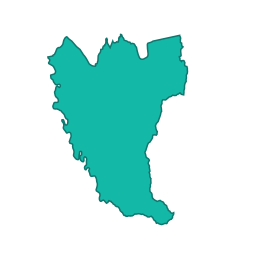 the district of Paquisha, Zamora Chinchipe, Ecuador, rotated 349°
{"feature_id": "8360857B20282725655414", "entity_name": "Paquisha", "entity_type": "district", "adm_level": 2, "iso_a3": "ECU", "parent_name": "Ecuador", "parent_adm1": "Zamora Chinchipe", "projection": "equal_earth", "projection_center": [-78.572, -3.961], "detail": "fine", "context": "isolated", "style": "filled", "palette": "teal", "viewbox_px": 256, "rotation_deg": 349, "n_neighbors": 0, "source": "geoboundaries", "source_scale": "gbopen_adm2", "svg_char_len": 5726}
<svg xmlns="http://www.w3.org/2000/svg" viewBox="0 0 256 256"><g transform="rotate(349 128 128)"><path d="M76.6,152.2L77.5,152.6L78.0,152.4L78.5,151.7L78.9,149.4L79.2,148.6L79.8,148.1L80.5,148.2L81.2,149.0L81.5,150.1L81.5,150.9L80.9,152.4L80.4,155.6L80.0,156.4L79.1,156.8L78.2,157.6L77.7,158.8L77.8,160.1L78.1,160.7L78.7,161.0L80.7,159.2L81.1,159.2L81.9,159.7L82.4,160.4L82.4,160.9L81.4,162.2L81.3,162.6L81.7,164.7L81.9,167.4L82.2,168.0L82.9,168.5L85.8,168.6L86.2,168.8L86.5,169.1L87.0,170.3L87.3,172.1L87.1,174.4L87.3,177.0L86.7,179.1L84.9,182.6L85.0,183.7L87.0,185.7L87.6,186.5L87.8,187.2L87.7,188.8L86.7,190.7L86.4,191.9L86.3,192.9L86.5,193.9L87.0,194.6L87.6,194.8L89.9,194.0L90.3,194.3L90.8,194.8L92.5,197.7L94.0,197.3L95.1,195.8L95.4,195.6L95.8,195.8L96.3,196.5L97.4,196.8L97.5,197.6L98.5,198.5L98.9,199.7L100.4,201.0L100.7,202.0L101.8,203.0L102.7,203.1L103.8,204.4L104.4,206.4L104.5,207.6L105.8,209.5L106.3,209.8L107.3,212.9L107.6,213.2L108.4,213.2L109.3,214.4L109.9,214.3L110.5,214.6L112.0,214.3L113.4,214.9L113.9,214.6L115.0,215.1L116.3,214.8L118.1,213.8L120.0,214.1L122.0,214.1L122.5,214.4L123.3,214.5L124.7,215.4L125.8,215.3L126.5,215.7L127.8,217.0L129.5,217.9L129.9,218.7L130.3,219.0L131.9,219.4L133.9,219.0L135.3,221.0L135.6,222.4L136.2,223.8L137.2,224.5L137.7,226.9L138.9,226.8L140.2,228.0L142.2,229.1L143.2,229.2L146.0,228.7L147.7,229.2L148.2,228.9L149.0,227.6L150.7,226.4L152.3,225.8L153.2,225.8L154.6,224.5L154.8,223.3L156.5,221.1L156.7,219.8L155.1,220.2L154.3,219.8L153.6,218.9L153.3,217.8L151.9,216.6L151.7,215.1L151.2,213.8L151.1,211.8L150.7,211.2L149.2,209.8L148.9,208.5L148.2,207.2L146.8,206.4L145.7,205.2L142.5,205.6L141.4,204.5L140.5,203.9L139.4,202.6L139.1,201.9L138.8,201.8L138.6,199.8L138.9,198.0L138.8,196.6L137.5,194.6L137.5,194.3L137.9,191.3L138.9,189.6L139.1,187.9L140.0,186.5L140.5,183.0L140.9,182.1L140.5,181.4L140.2,179.8L140.6,177.7L140.3,175.4L141.1,174.9L141.3,174.5L141.4,170.6L141.8,169.4L141.0,166.7L141.8,164.9L142.6,164.2L142.8,163.7L142.3,162.3L140.4,160.4L140.2,159.5L140.2,156.9L139.9,155.6L140.2,154.7L141.2,153.4L144.0,148.2L145.2,146.6L146.7,146.1L148.8,144.0L150.2,142.3L150.4,141.2L151.0,139.9L151.2,139.7L152.8,139.8L154.5,140.4L155.3,139.6L155.4,138.9L156.1,137.0L155.6,136.2L155.3,134.2L155.4,132.4L155.3,131.2L156.6,129.1L158.8,127.4L162.3,121.5L163.4,118.8L164.1,118.2L164.5,115.0L164.5,112.9L164.9,111.9L166.0,110.6L166.3,108.5L167.3,107.1L168.6,107.1L169.8,107.6L170.6,107.5L174.7,105.2L175.5,105.4L176.5,105.2L178.2,104.3L179.4,104.9L181.4,105.2L182.8,104.4L184.3,104.2L185.6,103.4L186.0,103.6L186.7,105.1L189.0,106.1L189.8,103.4L189.9,102.3L191.0,100.0L191.5,97.4L192.3,95.4L193.2,94.1L193.5,94.0L194.1,93.2L194.1,91.9L194.9,90.0L195.3,87.3L196.7,85.5L197.3,83.3L197.2,82.2L197.6,81.5L197.6,79.0L197.5,78.8L196.6,78.6L195.6,77.6L195.7,76.5L196.3,74.7L195.8,72.7L195.4,72.4L194.3,72.2L193.9,72.2L193.2,72.9L192.7,71.9L192.3,71.8L192.0,71.3L192.0,70.6L192.3,69.7L191.9,68.1L192.0,67.7L192.8,67.8L193.9,67.2L194.1,65.7L194.3,63.1L194.8,60.9L197.5,58.9L197.5,58.6L196.4,57.6L196.8,55.4L196.8,54.8L196.0,54.4L195.8,54.1L196.1,52.1L196.4,51.4L196.2,50.9L196.8,50.1L196.8,48.9L196.3,47.5L196.4,46.9L169.0,47.5L168.2,47.9L167.1,48.2L163.7,48.6L163.3,49.0L162.9,49.8L162.3,53.8L161.9,58.9L161.3,61.0L160.0,62.2L156.4,63.3L155.8,63.3L154.8,63.2L153.6,62.6L152.9,61.8L152.6,60.9L152.0,58.0L151.7,53.7L151.7,50.4L151.0,49.2L150.3,46.9L149.9,46.5L148.8,45.9L148.0,45.7L147.0,45.9L146.2,44.1L144.7,43.8L143.5,42.5L141.2,41.2L140.9,40.8L140.9,39.7L140.5,38.6L139.8,37.3L139.6,35.5L138.8,34.7L138.6,34.7L138.3,35.5L138.9,36.2L138.0,36.8L137.1,36.9L136.5,37.4L136.3,37.8L136.7,37.9L135.9,38.8L135.8,39.9L135.3,40.3L135.0,41.5L134.9,41.7L134.6,41.8L133.3,41.2L132.1,41.9L130.6,41.8L129.7,40.7L129.6,39.8L125.8,45.7L124.1,41.2L124.0,38.9L124.5,37.4L124.5,37.0L124.2,35.9L123.6,36.1L123.1,36.9L122.9,38.8L122.2,41.0L121.2,41.7L120.8,42.7L119.5,42.9L118.7,44.1L118.3,45.4L118.1,45.7L116.3,45.7L116.0,46.9L115.2,48.6L113.7,49.8L112.5,51.5L111.3,56.3L110.6,57.4L110.2,58.6L109.8,59.0L108.8,58.9L108.4,59.0L108.1,59.6L108.2,60.7L107.6,61.1L105.5,60.5L104.4,59.9L102.2,57.8L100.3,51.9L99.2,49.3L98.2,47.6L95.9,41.8L93.0,38.3L89.4,32.0L86.7,29.0L85.7,27.2L85.2,26.8L84.9,26.8L83.8,27.3L83.0,28.0L81.6,29.8L80.4,32.6L79.8,33.6L78.4,34.9L76.9,35.8L76.0,36.0L75.3,35.8L74.1,36.1L73.1,36.9L71.6,39.4L69.9,41.7L68.4,42.2L67.8,42.6L67.8,43.0L62.9,43.0L63.0,44.3L64.1,45.6L64.2,46.2L63.8,47.3L62.5,48.9L62.5,49.6L65.8,52.4L66.6,53.6L67.2,55.6L67.7,57.8L67.7,58.6L67.6,59.1L66.8,60.4L65.9,60.9L62.3,61.3L62.1,61.7L61.9,64.4L62.1,64.8L63.6,66.7L63.7,68.4L65.1,71.5L66.1,71.9L68.9,72.0L69.5,72.5L69.7,73.5L69.4,74.3L68.5,75.1L68.2,75.0L66.6,73.4L65.8,73.6L65.4,73.9L64.8,74.9L63.9,77.3L62.9,78.4L62.7,79.4L62.8,82.5L63.2,83.7L64.7,85.7L64.9,87.1L64.8,88.2L64.6,88.7L64.0,89.3L62.7,89.3L61.2,88.9L60.0,89.4L59.7,90.1L58.6,91.9L58.4,92.4L58.4,93.5L58.7,94.7L59.3,95.1L60.4,95.5L61.9,95.7L63.7,96.9L64.5,97.8L65.2,98.0L65.7,98.6L66.0,99.4L68.0,102.6L68.4,105.3L69.0,107.0L70.1,107.9L70.4,108.3L70.2,110.4L69.5,112.3L68.5,113.3L67.8,113.4L66.9,112.5L66.3,108.0L65.8,107.4L64.9,107.4L64.6,107.5L64.5,108.9L65.4,110.6L65.6,111.6L65.5,113.4L64.6,115.1L64.5,116.0L65.0,117.4L65.9,119.1L66.7,121.1L67.1,121.3L69.2,120.9L70.0,121.2L70.7,122.1L70.8,122.9L70.7,124.9L70.4,125.7L67.8,130.2L68.1,131.9L69.8,132.7L70.5,133.5L70.4,134.9L70.1,135.5L70.1,137.6L70.5,139.2L70.5,140.8L70.2,142.1L69.5,143.8L69.3,144.5L69.4,145.4L70.4,147.4L71.1,148.5L72.1,149.3L73.2,149.5L73.8,148.8L74.2,147.9L75.0,144.8L75.6,143.6L75.9,142.2L76.2,142.0L77.2,141.9L77.6,142.2L77.9,142.8L77.5,144.9L77.3,145.4L75.7,146.2L75.3,146.9L75.0,148.5L75.3,150.5L75.9,151.4L76.6,152.2Z" fill="#14b8a6" stroke="#0f766e" stroke-width="1.5"/></g></svg>